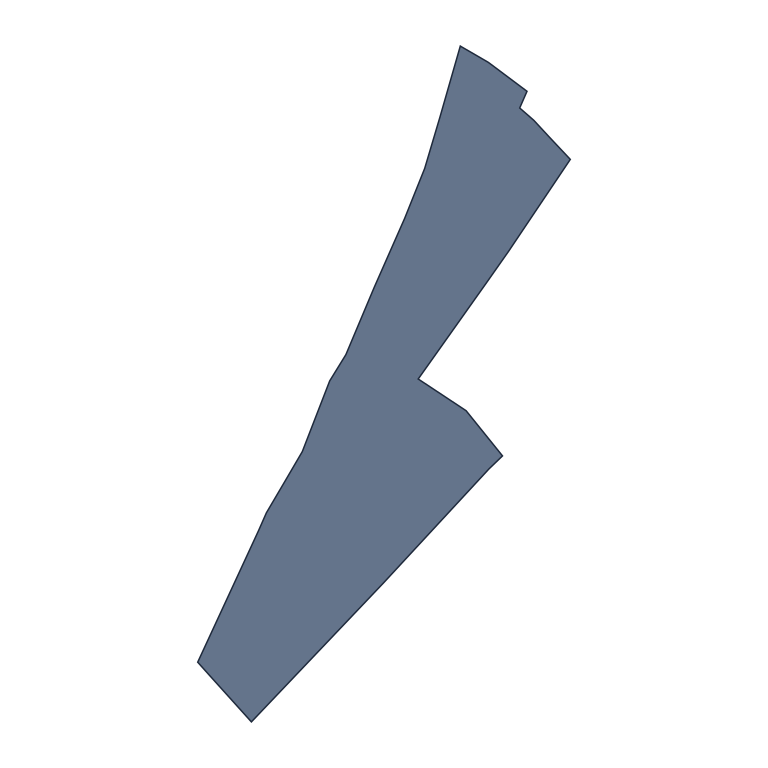 outline of Vaiaku, Tuvalu
{"feature_id": "33948139B90753952930446", "entity_name": "Vaiaku", "entity_type": "district", "adm_level": 2, "iso_a3": "TUV", "parent_name": "Tuvalu", "parent_adm1": "", "projection": "equal_earth", "projection_center": [179.194, -8.526], "detail": "fine", "context": "isolated", "style": "filled", "palette": "slate", "viewbox_px": 768, "rotation_deg": 0, "n_neighbors": 0, "source": "geoboundaries", "source_scale": "gbopen_adm2", "svg_char_len": 464}
<svg xmlns="http://www.w3.org/2000/svg" viewBox="0 0 768 768"><path d="M460.3,46.1L439.8,117.6L424.7,168.4L404.6,218.5L374.2,287.4L345.9,354.6L329.7,380.9L302.3,451.6L285.7,480.0L266.4,512.8L258.7,530.3L197.7,662.2L208.8,674.6L251.4,721.9L384.0,582.4L488.9,469.0L502.5,455.9L466.1,410.7L418.2,379.0L487.6,281.2L508.6,251.3L570.3,159.4L548.6,136.3L533.8,120.3L519.7,108.0L527.0,91.3L488.4,62.4L460.3,46.1Z" fill="#64748b" stroke="#1e293b" stroke-width="1.5"/></svg>